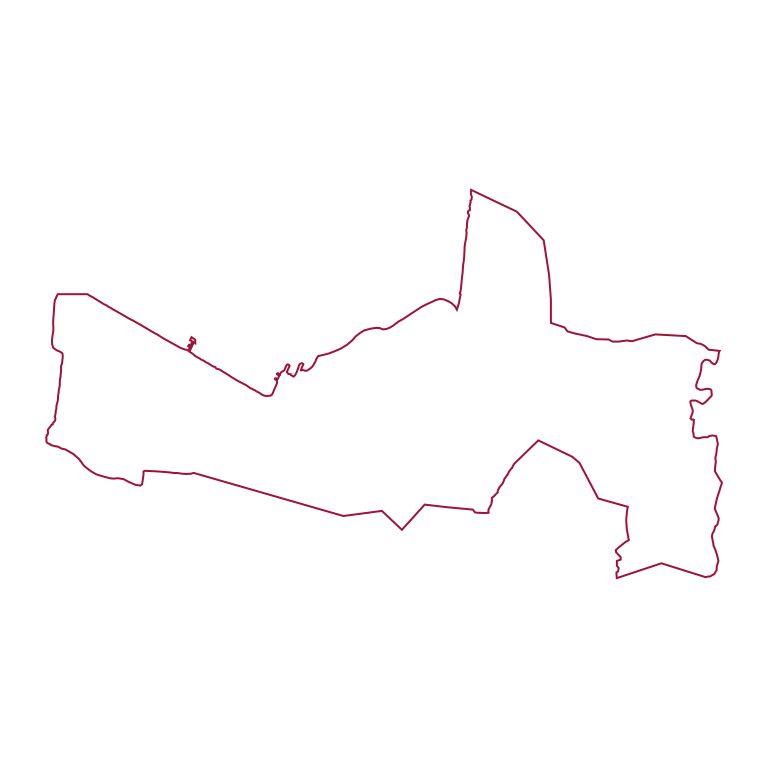 the district of Cul De Sac, Castries, Saint Lucia
{"feature_id": "8701671B53480283308673", "entity_name": "Cul De Sac", "entity_type": "district", "adm_level": 2, "iso_a3": "LCA", "parent_name": "Saint Lucia", "parent_adm1": "Castries", "projection": "robinson", "projection_center": [-61.007, 13.982], "detail": "fine", "context": "isolated", "style": "outline", "palette": "rose", "viewbox_px": 768, "rotation_deg": 0, "n_neighbors": 0, "source": "geoboundaries", "source_scale": "gbopen_adm2", "svg_char_len": 6037}
<svg xmlns="http://www.w3.org/2000/svg" viewBox="0 0 768 768"><path d="M471.1,189.9L470.8,193.9L471.8,196.6L471.5,199.6L470.4,200.8L470.7,202.2L470.3,203.0L469.9,205.2L469.5,206.2L469.9,207.7L469.8,210.2L469.1,210.4L467.9,211.6L467.8,212.5L467.9,213.2L468.5,214.1L469.0,215.1L469.1,215.7L468.9,216.5L467.3,220.6L467.3,222.2L467.0,223.4L466.9,227.5L466.3,230.1L466.3,231.0L466.6,232.7L466.3,236.8L464.9,244.5L464.6,247.2L464.2,256.7L463.8,260.8L463.1,265.3L462.6,272.7L461.9,278.3L461.0,288.2L460.7,290.3L459.8,293.4L460.6,294.4L458.8,303.6L456.9,309.7L455.0,306.4L451.7,303.3L448.4,301.3L443.9,299.4L440.0,298.9L435.6,300.1L432.4,301.7L427.0,304.1L421.3,307.0L402.9,319.1L398.2,321.7L393.6,325.3L390.3,327.4L386.8,328.9L383.0,329.4L379.4,328.0L376.3,327.9L370.9,328.6L364.2,330.4L360.4,332.7L355.7,336.4L352.5,340.1L347.0,344.8L340.4,348.8L334.3,351.4L328.5,353.6L324.1,354.7L318.1,356.1L316.1,359.5L315.3,361.8L312.6,366.3L310.9,368.0L308.1,370.0L306.9,370.6L305.2,370.8L302.8,370.0L302.3,369.7L301.5,370.1L300.8,371.1L301.2,369.3L302.2,366.7L303.3,364.6L303.3,364.1L302.7,363.5L301.8,363.2L300.5,363.7L299.7,364.2L298.8,366.0L298.3,367.8L296.5,372.6L295.8,373.9L295.1,375.2L293.7,376.6L293.2,376.5L292.3,375.7L291.0,375.2L290.7,374.2L289.5,374.1L288.9,374.2L288.1,373.7L287.9,373.3L286.8,372.0L289.6,365.9L289.1,365.0L288.2,364.5L287.5,364.4L286.8,364.8L286.2,365.8L284.7,369.4L284.2,370.4L283.6,370.8L282.2,371.5L281.2,372.3L279.9,374.1L279.9,374.4L277.8,373.2L277.3,373.3L276.9,373.8L277.1,374.4L279.3,375.8L277.6,379.1L275.7,378.2L275.3,378.2L274.9,378.6L274.9,379.1L275.1,379.4L277.0,380.5L277.0,382.8L276.6,384.2L274.2,389.6L272.7,393.4L271.9,394.5L271.9,394.8L270.7,395.4L270.4,395.7L267.4,395.9L266.5,396.1L263.9,395.5L262.9,395.1L261.7,394.5L259.5,392.9L256.1,391.2L255.2,390.4L253.6,389.8L251.9,388.7L250.5,388.3L246.5,385.4L237.8,380.9L231.8,377.3L228.6,375.1L218.9,369.2L217.8,369.2L216.3,368.5L215.6,367.8L215.4,367.2L214.6,366.7L213.4,366.6L208.8,363.7L207.5,362.9L206.5,362.6L202.9,360.2L202.1,360.1L199.7,358.5L195.5,356.2L193.1,354.1L189.5,351.7L193.7,342.3L195.3,343.3L195.2,339.7L191.5,337.2L190.1,340.2L192.3,341.4L190.6,345.4L189.1,344.8L188.2,346.1L189.5,347.0L189.7,347.7L188.5,350.7L180.5,347.9L164.5,339.0L162.1,337.6L157.3,334.5L154.7,333.2L149.4,330.1L141.9,325.6L133.1,320.6L129.6,318.9L121.2,314.0L114.0,309.9L112.8,309.3L111.1,308.1L108.5,306.8L106.4,305.3L104.3,304.4L92.6,297.2L89.1,295.3L87.5,294.2L57.8,294.2L56.6,296.4L55.8,298.4L55.0,299.8L54.4,303.2L53.9,311.2L53.2,320.4L53.2,324.3L53.3,326.5L53.4,330.0L52.1,338.7L52.0,341.5L52.2,344.3L53.2,347.8L56.5,350.2L59.0,351.2L61.0,352.3L61.9,352.9L62.5,353.7L62.7,355.3L62.7,357.3L62.3,361.0L62.2,362.3L61.6,364.9L61.1,365.8L61.0,366.9L61.1,370.7L60.6,374.9L60.6,376.0L60.5,377.1L60.2,377.8L60.0,379.7L59.8,382.7L59.6,384.1L59.9,384.9L59.9,385.1L59.7,385.7L59.6,386.3L58.7,390.9L58.7,392.2L58.4,394.2L58.1,395.2L58.0,398.1L57.8,400.6L57.5,401.9L56.7,404.6L56.4,406.2L56.4,408.6L55.9,410.6L55.4,414.5L54.9,416.8L55.3,418.2L55.4,419.0L55.3,419.7L54.8,421.0L52.9,423.3L52.8,424.1L52.5,424.6L51.7,424.8L51.2,425.3L48.1,429.4L47.7,430.5L48.1,432.7L47.8,434.3L47.4,434.7L47.2,434.7L46.6,435.2L46.7,436.4L46.1,437.5L46.5,438.8L46.4,440.3L46.5,441.8L47.1,442.7L48.0,443.4L49.8,444.0L49.9,444.4L52.1,445.4L54.6,446.1L58.1,446.7L61.6,448.6L65.2,449.4L73.2,453.9L79.1,459.1L83.6,465.3L85.1,466.8L91.6,471.7L96.7,474.5L105.0,477.0L110.8,478.4L114.0,478.6L117.7,478.2L123.5,479.1L128.1,481.6L135.3,484.8L140.5,485.6L142.0,484.4L142.7,480.4L143.5,474.5L143.5,471.5L144.8,470.8L157.0,471.4L167.5,472.2L174.4,473.0L177.5,473.0L181.9,473.7L186.9,474.0L191.0,473.7L193.6,472.9L343.4,516.0L381.9,510.9L401.9,529.8L424.7,504.6L446.9,507.2L472.9,509.6L474.8,512.3L477.7,512.8L484.9,513.0L488.6,512.8L488.6,512.5L488.4,511.9L488.5,509.6L491.3,504.2L491.6,502.2L492.0,501.0L491.8,497.8L494.1,496.2L495.2,494.8L497.7,492.4L497.7,491.2L498.1,490.0L499.4,487.3L502.1,484.1L502.9,483.0L504.1,480.0L504.4,478.9L508.0,474.1L508.7,472.1L511.3,468.5L512.1,467.9L513.0,465.8L514.2,463.8L538.3,440.4L572.3,456.8L579.5,462.9L598.2,498.5L627.8,506.8L627.0,511.4L626.2,520.0L626.8,529.2L628.8,540.1L625.3,542.1L618.4,547.7L615.8,550.0L616.1,552.3L620.7,557.2L620.7,559.6L616.9,560.9L616.9,565.8L618.7,568.1L618.1,571.4L616.4,572.4L616.8,578.1L661.4,563.3L705.7,577.2L708.0,576.5L709.8,576.5L714.1,574.2L716.6,570.2L716.8,566.2L718.4,561.1L717.0,554.8L715.2,549.4L713.5,545.5L713.3,543.4L711.9,536.8L712.3,534.1L714.0,530.8L714.6,529.2L715.2,526.4L717.0,525.2L717.8,523.0L718.5,520.4L718.7,518.5L718.1,516.6L715.6,510.7L714.8,509.2L714.9,507.7L716.6,499.9L717.7,495.8L719.2,491.6L720.8,486.2L721.9,483.4L721.7,482.2L720.5,480.6L717.4,475.4L715.0,471.5L715.0,468.9L715.4,464.7L715.8,462.4L715.4,457.5L716.4,453.3L716.8,448.6L717.6,445.6L717.8,443.5L716.2,436.2L713.0,435.5L709.5,435.9L707.6,437.2L703.6,437.2L697.9,438.4L695.2,437.6L693.7,436.6L693.5,433.6L692.7,430.9L693.8,422.4L693.9,419.9L693.3,419.5L691.9,419.7L690.5,418.3L692.5,412.7L692.8,411.0L692.5,409.4L691.2,405.7L690.7,404.0L690.3,401.9L690.6,401.1L691.4,400.6L692.2,400.5L695.1,400.5L695.9,400.7L697.9,401.5L701.7,403.7L702.6,403.9L703.3,403.7L705.3,402.2L706.8,400.8L711.5,395.9L711.7,395.2L711.8,394.4L711.5,392.4L711.5,391.0L711.4,390.5L711.0,389.8L710.6,389.5L709.9,389.2L708.1,388.8L706.3,388.9L703.5,389.5L700.8,389.9L699.3,389.5L697.5,388.6L696.6,387.8L696.2,386.6L696.2,384.9L697.1,381.8L699.4,376.4L700.2,373.7L701.1,369.8L701.3,367.7L701.3,366.3L701.5,364.4L702.2,362.7L702.9,361.8L703.7,360.8L704.9,360.0L705.7,359.7L707.0,359.8L709.9,360.6L711.3,362.4L713.8,364.2L714.6,364.2L715.1,364.0L716.2,362.8L717.1,361.1L717.8,359.2L718.4,356.6L718.6,354.1L718.9,352.5L719.2,351.6L719.6,350.9L708.6,349.7L704.8,346.0L700.9,343.9L696.8,343.2L685.8,336.1L655.3,334.4L632.1,341.2L626.8,340.5L618.5,341.6L612.6,341.6L608.7,339.5L596.3,339.2L587.1,336.1L574.6,333.4L567.5,331.4L564.5,327.4L551.0,323.0L550.9,319.9L550.9,299.5L549.1,275.0L543.7,240.3L516.9,211.7L471.1,189.9Z" fill="none" stroke="#9f1239" stroke-width="2"/></svg>